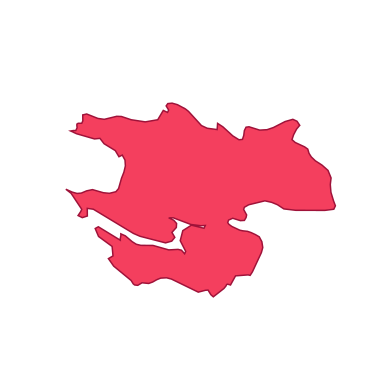 an SVG outline of Pembrokeshire, rotated 25°
{"feature_id": "GBR-2106", "entity_name": "Pembrokeshire", "entity_type": "Unitary Authority (wales)", "adm_level": 1, "iso_a3": "GBR", "parent_name": "United Kingdom", "parent_adm1": "", "projection": "equal_earth", "projection_center": [-4.902, 51.855], "detail": "fine", "context": "isolated", "style": "filled", "palette": "rose", "viewbox_px": 384, "rotation_deg": 25, "n_neighbors": 0, "source": "natural_earth", "source_scale": "10m", "svg_char_len": 2437}
<svg xmlns="http://www.w3.org/2000/svg" viewBox="0 0 384 384"><g transform="rotate(25 192 192)"><path d="M279.9,243.0L277.9,243.4L266.9,249.6L266.2,260.0L263.2,260.5L262.5,261.2L262.5,262.9L261.7,266.0L255.6,278.0L252.5,277.1L248.0,274.1L245.7,275.4L240.0,280.1L210.2,279.6L205.2,280.5L200.0,283.3L197.1,286.4L194.4,290.2L191.4,293.2L185.1,295.4L182.3,299.5L179.3,300.5L177.6,300.1L174.2,297.9L152.4,292.3L144.4,287.7L147.4,283.3L142.6,275.1L126.1,271.8L119.7,266.0L121.8,263.1L147.4,266.0L146.7,264.6L145.9,261.4L145.2,260.0L150.1,259.9L158.8,262.3L163.6,262.9L168.1,262.0L179.3,256.9L195.4,254.3L203.6,249.9L207.0,249.2L211.4,251.1L211.4,248.5L201.9,241.1L200.0,230.9L205.5,222.3L218.2,219.8L218.2,216.7L214.3,218.8L204.7,221.9L185.9,223.3L181.8,225.3L187.3,225.3L191.3,227.0L192.8,230.8L190.9,237.1L195.6,240.4L194.4,245.1L189.5,249.3L163.6,254.1L156.4,254.3L109.9,249.3L104.0,251.1L107.3,258.0L103.4,261.6L98.7,261.5L99.4,256.9L99.4,254.3L83.0,244.3L76.5,242.8L83.6,242.7L88.4,241.9L92.1,239.8L96.0,235.5L100.8,231.9L112.0,230.1L117.7,228.1L122.9,223.9L124.0,219.9L122.3,209.4L121.9,202.8L120.6,196.5L117.8,191.4L113.2,188.0L110.9,190.9L105.0,186.9L91.9,185.4L85.9,182.3L81.2,185.1L62.7,188.0L56.2,188.0L58.4,186.5L60.7,185.4L60.7,182.3L59.6,180.5L59.0,179.1L59.8,177.8L63.0,176.3L63.0,173.7L60.4,168.3L63.6,165.8L75.6,165.1L81.8,163.2L91.8,155.2L96.1,153.4L106.4,152.2L120.0,148.2L130.4,141.0L131.5,130.2L136.2,130.2L136.2,127.6L132.2,124.9L132.7,122.1L136.4,119.9L141.9,119.0L150.9,119.5L154.7,120.4L172.5,127.8L178.8,127.8L188.4,124.8L186.2,119.0L192.5,119.9L205.2,123.9L212.5,124.8L215.5,123.0L215.0,118.9L213.5,114.2L213.6,110.4L216.1,108.8L227.2,107.3L233.7,103.8L238.5,99.2L246.6,88.8L252.7,83.5L257.3,83.5L261.5,86.1L261.1,87.1L261.1,87.4L260.2,90.8L259.9,97.2L260.5,102.3L264.6,103.5L269.4,103.5L275.0,103.5L278.8,104.2L281.7,107.5L285.3,109.8L290.6,111.6L298.5,112.7L306.2,115.0L306.4,115.2L312.1,120.5L314.2,126.8L318.0,133.5L324.0,140.2L327.8,143.9L327.8,147.7L320.2,152.5L293.6,164.8L282.4,168.5L274.8,167.4L268.6,167.7L261.8,169.2L248.8,179.6L245.9,183.7L246.2,186.0L251.2,189.7L251.8,192.3L251.5,195.6L248.0,197.5L240.0,198.6L237.0,202.0L237.3,204.6L239.1,205.7L242.7,206.4L247.1,206.4L251.5,206.4L254.5,205.7L258.9,204.2L262.7,203.8L267.5,203.8L271.9,204.2L276.3,207.5L279.6,212.4L280.5,217.6L280.5,223.9L280.5,231.8L280.5,238.8L280.0,242.5L279.9,243.0Z" fill="#f43f5e" stroke="#9f1239" stroke-width="1.5"/></g></svg>